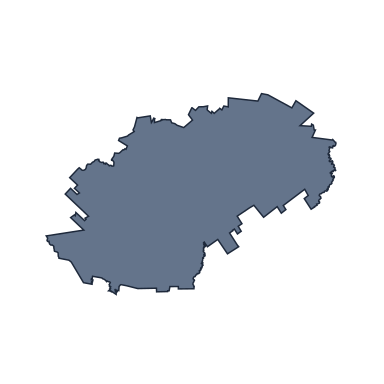 outline of General Terán, Nuevo León, Mexico, rotated 318°
{"feature_id": "50627088B34198183726850", "entity_name": "General Terán", "entity_type": "district", "adm_level": 2, "iso_a3": "MEX", "parent_name": "Mexico", "parent_adm1": "Nuevo León", "projection": "mercator", "projection_center": [-99.219, 25.27], "detail": "fine", "context": "isolated", "style": "filled", "palette": "slate", "viewbox_px": 384, "rotation_deg": 318, "n_neighbors": 0, "source": "geoboundaries", "source_scale": "gbopen_adm2", "svg_char_len": 6055}
<svg xmlns="http://www.w3.org/2000/svg" viewBox="0 0 384 384"><g transform="rotate(318 192 192)"><path d="M189.5,108.4L183.0,107.2L181.5,107.3L175.8,104.6L174.1,103.5L171.9,104.6L174.8,114.5L171.5,116.1L171.1,115.0L169.4,115.1L169.0,114.4L164.7,114.5L163.4,114.2L160.6,111.3L158.1,113.0L156.5,113.5L155.0,113.7L154.7,114.1L154.0,114.1L153.6,114.3L153.5,114.7L154.2,115.4L154.0,117.4L153.7,117.9L152.8,118.8L151.5,120.0L151.3,119.8L151.0,120.1L149.8,119.3L149.7,118.1L149.4,117.7L148.2,117.3L148.0,117.1L148.2,116.5L147.7,114.4L147.8,113.6L147.5,112.9L147.1,112.8L146.5,113.2L146.4,112.4L145.8,112.3L145.8,112.0L145.4,111.8L146.0,110.6L145.3,109.9L144.5,109.5L143.7,108.0L143.9,106.8L143.5,106.3L144.3,105.9L144.6,105.5L144.2,105.2L144.1,104.7L142.1,103.8L141.8,103.6L141.1,103.4L140.7,103.6L139.8,103.8L139.0,103.7L138.1,103.3L135.2,103.5L133.6,101.9L133.1,101.5L132.2,101.6L131.0,102.0L130.0,102.9L128.8,103.6L127.7,103.8L126.6,103.6L125.5,103.0L125.0,102.3L124.7,101.4L124.8,100.8L124.4,98.5L122.2,98.5L110.7,99.5L111.6,110.3L107.1,110.6L107.7,117.4L104.9,116.9L104.2,108.0L96.4,108.7L98.9,140.8L95.0,139.9L95.1,141.3L93.0,141.4L92.0,129.5L89.3,131.5L89.2,130.3L84.7,129.8L86.1,147.9L54.3,127.1L53.9,129.5L53.5,130.0L52.5,130.5L52.1,131.1L51.7,131.2L51.7,132.0L51.9,132.7L52.7,132.9L51.4,135.2L51.4,135.8L51.7,137.2L52.6,137.7L53.0,139.5L52.8,140.1L51.9,141.1L51.1,142.6L50.3,143.6L50.2,144.1L51.6,146.4L51.8,147.6L49.6,150.3L49.2,151.8L48.8,152.2L54.9,160.3L55.4,163.3L50.7,186.8L56.0,193.7L56.8,192.9L56.3,192.3L57.3,191.5L57.9,192.2L59.5,191.1L58.4,189.8L59.2,189.2L59.6,189.8L61.7,188.1L67.5,195.5L67.6,196.8L68.2,197.8L68.6,199.4L68.6,201.5L69.3,201.3L69.9,202.8L70.7,203.7L70.7,204.6L68.3,205.5L68.0,207.0L67.7,207.0L68.1,208.1L66.6,208.4L66.8,209.2L66.1,209.3L66.1,209.5L63.9,209.6L65.1,211.0L65.2,211.8L65.6,211.5L67.1,217.3L67.9,216.4L68.8,216.1L68.4,214.8L69.3,213.4L69.5,213.9L70.0,213.7L70.0,214.0L69.6,214.1L69.8,214.6L69.4,214.8L69.8,215.9L71.1,215.5L71.6,216.3L74.6,213.4L76.8,213.1L77.3,213.4L80.6,217.8L87.1,227.5L101.2,239.7L98.9,242.5L107.3,249.7L107.9,249.2L108.9,250.1L112.3,247.5L118.6,253.1L117.0,254.9L128.7,265.2L129.5,264.4L130.3,263.8L130.2,263.3L130.5,263.1L130.8,262.3L130.8,261.5L131.2,260.9L132.2,260.2L132.9,260.1L133.7,259.5L134.4,259.5L134.8,259.2L134.9,258.8L134.6,257.9L135.1,256.9L136.5,256.4L137.4,256.6L137.7,256.9L139.4,256.3L140.3,256.6L141.3,256.1L141.8,256.8L142.3,256.7L142.6,257.1L143.7,257.1L144.4,256.5L144.3,256.2L144.7,255.4L145.3,255.5L145.6,255.8L146.1,255.9L146.7,255.7L146.6,255.3L147.5,254.4L148.4,254.3L148.5,254.5L148.2,255.0L148.5,255.0L149.8,254.2L149.9,253.8L150.4,253.5L150.6,253.5L150.9,253.7L151.0,253.1L151.5,253.1L151.7,252.3L151.6,252.0L151.3,251.9L151.1,251.4L151.5,251.2L152.1,251.2L152.3,252.0L152.6,252.0L152.8,251.7L153.1,250.3L154.2,249.9L155.7,248.3L155.8,248.6L156.2,248.9L156.4,248.7L156.4,248.3L157.3,248.0L157.9,247.9L158.5,248.1L158.9,247.8L159.1,248.0L159.4,247.7L158.9,247.3L159.3,246.9L159.0,246.9L159.2,246.7L158.9,246.5L159.0,246.4L159.7,246.6L159.9,246.4L160.2,246.5L160.6,246.1L160.5,243.9L161.6,243.4L161.5,242.8L162.5,242.3L162.9,241.4L163.6,241.5L163.7,241.4L163.5,241.1L163.8,240.9L164.7,240.5L164.8,240.7L164.5,241.0L164.5,241.3L165.3,241.4L165.7,241.1L166.0,240.5L165.5,239.0L166.0,238.8L166.4,239.2L166.7,239.1L166.4,237.6L166.6,237.4L167.6,237.4L166.8,243.0L179.4,244.5L177.0,261.7L190.1,263.9L190.2,263.1L190.0,262.8L192.5,247.6L196.4,248.1L196.5,247.6L198.7,247.9L197.7,253.6L202.3,254.1L203.4,248.4L207.9,249.0L209.4,240.2L224.3,242.3L229.1,243.3L228.3,258.7L245.5,259.9L244.2,267.5L250.0,267.9L250.8,263.1L277.6,265.4L276.0,272.4L271.0,272.0L269.0,284.5L273.1,285.2L273.2,284.8L276.1,285.5L276.5,284.4L277.3,284.9L279.3,285.5L280.1,284.9L280.1,284.3L279.9,283.8L280.1,283.4L281.0,282.9L282.0,283.1L283.0,282.8L283.7,282.9L284.5,281.3L284.1,280.1L284.2,279.8L284.4,279.5L285.4,279.1L286.1,279.2L287.0,279.8L288.6,279.7L289.8,280.6L290.3,280.6L290.9,280.1L292.0,280.5L292.7,281.5L293.8,281.6L294.3,281.1L294.1,280.3L294.5,280.3L294.8,280.8L295.2,281.0L296.5,279.3L296.9,279.4L297.4,280.0L298.0,279.3L299.2,278.8L299.9,278.8L300.8,279.3L301.7,279.2L302.3,278.1L303.0,278.1L303.7,277.8L304.3,277.9L304.7,277.7L305.1,276.9L306.1,276.9L306.6,275.7L307.4,276.4L307.5,276.4L308.2,275.6L308.2,274.8L307.6,274.5L306.2,274.4L306.1,273.9L306.4,273.2L307.4,272.1L308.0,271.9L308.5,272.2L308.7,271.8L308.4,270.9L307.5,270.8L307.4,270.4L307.6,270.2L310.3,270.3L310.6,270.5L310.3,271.0L310.6,271.3L311.0,271.2L311.5,270.7L312.0,270.7L312.3,270.9L312.7,272.0L313.2,272.1L313.4,271.7L313.3,271.1L313.5,270.5L314.3,270.0L314.5,269.6L314.4,268.9L313.9,268.5L313.9,268.2L314.8,267.6L315.6,267.4L315.8,266.3L315.5,265.3L314.5,265.0L314.4,264.6L315.2,264.1L316.5,264.1L316.9,263.7L317.1,263.0L317.1,262.6L316.7,262.4L315.0,262.0L314.7,261.6L314.6,261.1L314.8,260.7L315.5,260.5L317.1,260.6L317.6,260.3L317.7,259.5L316.7,258.5L316.6,258.1L316.7,257.9L317.1,258.1L317.6,257.9L318.6,257.1L319.1,255.8L318.8,255.5L318.3,255.6L318.5,254.9L319.1,254.5L321.3,254.2L321.6,253.9L321.4,253.2L321.6,252.8L323.4,251.7L323.7,251.4L323.7,250.7L324.0,250.4L324.7,250.7L324.7,251.7L325.9,253.2L326.5,252.4L326.8,252.4L326.9,252.7L327.3,252.8L327.8,252.5L327.9,252.1L328.2,252.2L328.7,253.4L330.1,253.2L331.6,252.1L332.0,251.3L331.7,251.1L331.7,247.1L331.0,247.2L317.8,231.8L325.2,228.5L324.3,227.7L326.9,223.5L326.3,221.6L324.6,223.0L316.7,215.0L335.2,214.8L330.3,193.7L322.5,196.3L313.4,170.5L309.5,165.4L301.8,168.5L282.0,146.3L275.9,153.0L273.2,149.4L269.1,151.0L268.6,148.4L268.4,148.5L261.1,148.4L260.8,145.4L259.0,146.4L258.3,142.1L258.3,141.0L261.2,138.5L257.6,136.3L254.1,133.3L249.2,133.7L248.4,129.4L248.2,129.3L241.1,132.2L240.5,138.9L229.0,138.6L225.6,132.5L225.0,129.7L223.2,127.0L224.3,124.0L221.1,121.0L220.7,120.2L219.6,119.5L218.0,117.9L217.7,118.4L216.8,117.8L216.5,118.1L210.6,115.3L212.6,113.1L213.5,112.6L213.0,111.5L209.8,112.8L208.3,113.2L211.9,107.5L201.3,100.6L201.0,99.8L192.9,105.1L189.7,106.4L189.5,108.4Z" fill="#64748b" stroke="#1e293b" stroke-width="1.5"/></g></svg>